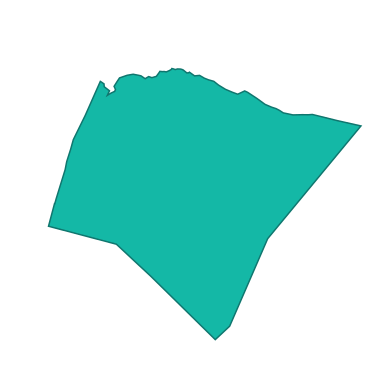 the district of Tamchekett, Hodh el Gharbi, Mauritania, rotated 113°
{"feature_id": "47542326B49487198034252", "entity_name": "Tamchekett", "entity_type": "district", "adm_level": 2, "iso_a3": "MRT", "parent_name": "Mauritania", "parent_adm1": "Hodh el Gharbi", "projection": "robinson", "projection_center": [-10.754, 17.114], "detail": "fine", "context": "isolated", "style": "filled", "palette": "teal", "viewbox_px": 384, "rotation_deg": 113, "n_neighbors": 0, "source": "geoboundaries", "source_scale": "gbopen_adm2", "svg_char_len": 1107}
<svg xmlns="http://www.w3.org/2000/svg" viewBox="0 0 384 384"><g transform="rotate(113 192 192)"><path d="M73.6,111.5L75.5,115.2L77.8,120.8L81.6,129.2L82.5,133.9L83.5,138.9L82.7,143.4L82.4,147.2L82.8,151.7L82.8,159.0L80.5,168.9L78.5,179.8L78.4,183.0L84.1,188.1L84.4,193.8L84.4,201.3L83.2,209.4L81.6,215.2L82.3,220.7L82.4,225.6L82.3,225.8L81.7,230.6L84.1,235.0L82.7,241.2L83.6,241.7L84.4,243.3L83.1,247.8L83.1,249.3L83.4,250.9L84.1,252.6L84.2,253.1L85.9,255.4L85.9,256.8L86.2,258.8L87.4,259.0L89.2,260.4L91.5,262.6L92.0,264.8L92.7,266.1L93.1,267.4L93.5,268.7L94.8,268.9L99.5,270.0L102.4,273.6L102.7,277.0L106.0,279.4L105.0,284.4L105.5,287.1L106.6,292.2L109.9,297.3L115.3,303.3L119.6,304.1L125.2,305.0L127.5,302.5L129.6,302.5L132.6,305.2L136.1,307.7L131.1,307.5L129.4,313.9L126.8,315.3L126.6,316.5L126.2,318.3L126.0,319.6L163.1,320.2L190.2,321.7L200.1,320.4L213.0,319.2L221.0,317.5L251.2,314.4L256.5,313.7L256.5,314.0L279.6,310.7L269.6,241.2L280.1,212.4L285.5,197.4L318.8,112.9L317.7,112.4L300.8,104.9L205.4,104.1L65.2,62.3L69.6,86.6L73.6,111.5Z" fill="#14b8a6" stroke="#0f766e" stroke-width="1.5"/></g></svg>